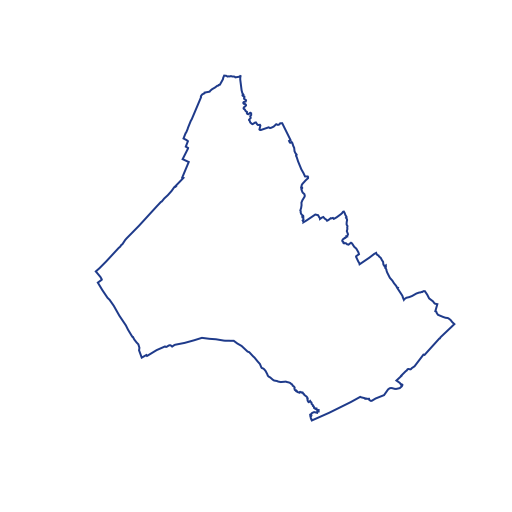 outline of Tatulesti, Olt, Romania, rotated 337°
{"feature_id": "2599482B2026044219138", "entity_name": "Tatulesti", "entity_type": "district", "adm_level": 2, "iso_a3": "ROU", "parent_name": "Romania", "parent_adm1": "Olt", "projection": "mercator", "projection_center": [24.611, 44.648], "detail": "fine", "context": "isolated", "style": "outline", "palette": "blue", "viewbox_px": 512, "rotation_deg": 337, "n_neighbors": 0, "source": "geoboundaries", "source_scale": "gbopen_adm2", "svg_char_len": 6133}
<svg xmlns="http://www.w3.org/2000/svg" viewBox="0 0 512 512"><g transform="rotate(337 256 256)"><path d="M412.0,396.2L410.8,393.5L410.1,390.9L408.8,388.6L408.1,387.9L406.3,386.9L404.4,385.2L400.5,381.2L400.1,379.0L400.2,377.6L399.5,376.9L404.1,371.2L402.1,369.8L401.7,369.0L401.2,366.9L398.8,362.7L398.5,358.5L397.7,354.4L396.4,353.8L394.9,354.1L394.5,353.8L393.1,353.8L392.0,353.4L389.0,353.2L384.0,353.8L380.9,353.7L378.1,353.2L375.6,353.7L375.0,354.1L375.0,351.3L375.2,350.5L375.1,349.2L373.6,340.9L374.1,340.6L373.5,340.1L373.3,338.1L372.4,335.1L371.9,332.0L370.7,328.4L370.3,322.5L370.4,320.5L370.7,319.5L370.6,318.0L370.4,317.7L371.3,316.8L371.8,315.4L370.3,315.7L370.2,314.6L370.0,314.1L370.0,313.4L370.7,311.0L370.3,309.1L370.1,306.5L369.0,304.3L369.0,303.4L368.1,302.5L367.7,300.9L367.8,300.1L365.6,300.3L359.8,301.8L348.1,304.1L348.3,302.8L348.0,301.2L347.8,295.8L348.2,295.3L351.5,294.6L351.7,292.6L351.2,288.4L350.0,285.9L349.4,282.5L349.1,281.5L348.6,280.9L345.6,281.7L345.1,281.3L344.4,280.8L343.7,279.3L342.8,278.9L342.0,278.8L341.6,278.2L341.9,277.6L341.8,277.1L341.4,276.7L341.3,275.8L341.5,275.4L342.5,274.6L344.3,274.3L344.6,274.0L345.2,274.2L345.5,273.9L346.2,274.0L346.6,273.8L346.9,273.1L347.6,273.5L347.7,273.1L348.0,273.1L349.2,271.9L349.3,268.6L350.7,266.8L351.0,265.6L351.7,264.6L351.9,264.0L351.7,262.9L351.8,262.1L352.8,260.1L353.9,258.5L354.1,257.6L353.8,256.0L354.5,255.7L354.6,255.3L354.3,253.3L354.4,250.8L354.2,249.4L353.4,249.3L351.9,250.2L350.4,250.7L345.3,251.9L342.7,252.2L342.1,252.2L341.7,251.0L340.0,250.8L339.6,250.4L336.7,251.2L335.2,251.3L335.0,250.2L333.9,248.5L333.2,246.4L331.6,246.4L329.4,246.9L329.6,246.3L329.3,244.9L329.1,242.7L326.8,241.0L316.5,243.0L312.9,243.5L313.2,243.0L312.9,242.5L313.1,242.0L312.9,241.5L314.1,240.8L314.2,239.5L314.9,238.6L314.8,238.3L313.9,238.2L314.0,237.8L315.0,237.2L314.3,236.0L314.0,234.7L314.2,233.1L314.7,232.2L314.6,231.4L316.3,229.4L317.8,227.0L318.7,224.6L320.5,222.8L324.0,220.3L324.5,219.4L324.7,217.9L323.8,216.0L323.7,215.3L323.8,212.5L323.9,212.1L324.5,212.0L325.1,211.5L325.2,211.1L324.4,210.5L325.9,208.5L327.0,207.7L331.4,205.7L334.3,204.7L334.8,203.6L334.7,203.0L332.2,201.9L332.1,198.3L331.6,194.0L331.7,185.3L332.1,180.9L332.0,179.7L332.2,179.0L332.8,178.9L333.0,178.6L332.5,176.8L332.4,174.7L333.4,171.3L333.3,169.4L333.6,166.1L333.3,165.0L332.2,165.3L331.7,165.1L331.5,164.8L331.4,163.0L333.1,162.7L332.0,144.0L330.1,143.3L328.9,144.0L327.4,143.9L326.1,142.6L322.8,143.8L320.2,143.9L318.9,143.7L317.9,142.5L309.6,141.9L308.8,141.4L308.6,140.9L311.0,137.6L310.9,136.8L309.0,136.2L308.5,135.2L308.1,133.0L307.4,132.8L304.4,133.3L303.8,132.7L302.9,130.8L303.0,128.9L302.7,128.3L302.8,127.9L305.1,126.8L305.3,125.1L306.7,124.3L307.3,122.7L306.7,121.9L305.9,122.0L304.6,122.6L303.6,122.0L303.4,120.9L304.0,119.9L303.1,118.5L302.9,116.7L302.3,115.9L302.2,115.4L302.7,114.6L303.1,114.4L305.1,113.8L305.7,113.4L305.8,112.9L305.5,112.0L304.3,111.2L304.1,110.7L304.1,110.1L304.8,109.5L306.8,109.8L307.6,109.0L307.6,108.3L306.5,106.8L306.6,106.0L307.5,105.2L307.6,104.7L306.5,103.5L306.3,103.0L306.5,102.6L307.4,102.5L307.1,100.6L307.5,97.8L310.5,87.2L311.3,85.5L312.5,83.7L311.4,84.4L310.5,84.4L306.8,83.5L306.5,82.8L305.9,82.2L304.3,81.5L303.2,80.6L302.1,80.5L300.9,79.9L299.9,79.7L299.0,78.5L297.2,77.5L295.5,79.1L294.6,80.4L289.7,84.2L288.6,84.0L288.0,84.4L286.8,84.2L284.1,84.9L280.8,85.3L278.5,86.0L277.5,86.6L272.5,85.5L272.1,86.1L269.8,86.2L268.2,87.0L267.5,87.8L267.5,88.3L263.6,92.1L250.4,104.9L248.7,106.2L243.4,111.5L242.7,112.4L239.9,115.1L239.2,115.4L235.2,119.5L237.4,122.2L238.2,123.7L234.1,127.9L235.7,130.0L235.4,130.5L226.3,138.2L230.8,143.2L218.7,155.0L219.6,155.8L209.2,160.2L209.5,160.6L208.8,160.9L208.0,160.6L207.5,160.8L203.6,163.2L198.5,165.6L194.0,167.2L190.6,169.0L189.5,169.1L184.3,171.4L160.0,182.5L143.8,189.2L141.9,190.1L137.7,192.9L135.9,193.4L134.8,194.3L132.8,194.9L115.9,202.5L107.1,206.1L102.5,207.6L104.6,214.5L104.9,217.3L104.7,217.6L100.0,218.7L101.2,227.2L103.0,236.5L104.1,239.1L105.6,246.2L106.9,257.6L109.1,269.0L109.4,273.8L110.4,280.8L110.7,282.3L111.1,282.5L111.3,285.2L112.3,289.0L113.2,291.3L112.8,295.0L111.5,297.1L111.1,304.9L116.4,304.3L116.6,305.4L116.9,305.4L127.8,303.8L136.9,303.7L137.4,304.4L138.1,304.7L140.8,304.3L142.0,304.5L142.8,305.3L143.4,306.6L146.0,306.1L146.9,306.1L156.3,308.1L166.1,309.4L174.2,310.2L180.9,314.1L186.6,317.0L193.8,321.6L202.4,325.4L204.6,329.2L207.6,333.2L210.9,340.7L212.2,341.9L214.2,347.4L214.9,348.8L216.3,353.7L217.4,356.9L217.4,360.8L217.6,361.4L218.6,362.3L219.2,363.3L219.9,365.6L220.2,369.3L220.1,370.7L220.5,371.9L221.6,373.3L223.1,376.4L224.0,377.7L226.5,379.3L227.3,380.2L229.5,381.7L234.4,383.3L235.1,384.0L236.8,385.2L237.9,386.3L238.5,387.7L239.1,388.4L239.1,389.8L239.7,390.5L240.1,391.6L240.1,392.4L239.6,392.9L239.4,394.4L239.6,394.8L240.5,395.4L240.5,395.7L240.2,396.2L240.4,396.4L241.0,396.7L241.0,397.4L242.6,398.8L243.2,398.3L243.5,398.3L243.9,398.9L244.9,399.3L245.0,399.9L245.6,400.0L245.8,401.4L246.1,401.6L246.2,402.7L247.6,405.2L247.9,406.2L247.9,407.3L247.4,407.5L247.5,408.1L247.0,409.3L247.3,411.1L247.6,411.2L249.2,410.6L249.3,411.4L249.8,412.6L249.4,413.8L250.1,415.6L249.8,416.3L250.4,417.1L250.1,418.6L250.8,419.1L250.7,419.6L251.1,420.1L252.0,420.1L251.8,421.0L252.1,421.6L252.4,421.5L253.5,422.3L253.1,422.9L252.9,423.6L251.5,423.3L251.0,424.2L248.5,422.4L246.5,422.4L245.5,422.7L245.1,423.2L243.9,423.2L243.5,424.5L244.2,424.9L243.4,425.5L243.1,426.4L243.3,427.9L243.0,428.2L243.1,428.6L243.4,428.8L243.3,429.2L262.1,428.9L286.1,427.5L296.9,426.4L297.5,427.1L300.2,429.1L300.7,430.1L301.5,430.0L301.8,430.6L304.2,431.6L304.0,432.1L304.1,432.9L305.2,434.3L306.1,434.5L310.4,433.9L319.5,434.1L325.5,430.4L327.3,430.0L328.4,430.2L329.5,430.7L331.8,432.5L333.0,433.1L336.7,433.8L339.1,433.0L339.1,432.7L339.9,432.4L340.4,431.9L340.0,431.0L339.2,430.9L338.8,429.0L336.6,425.5L343.0,423.2L342.9,422.9L348.9,420.5L350.0,420.3L351.2,419.5L352.0,419.5L353.9,420.7L354.4,420.7L355.6,420.1L358.8,419.5L371.6,412.2L372.5,412.9L392.5,403.6L393.1,403.7L394.1,402.9L412.0,396.2Z" fill="none" stroke="#1e3a8a" stroke-width="2"/></g></svg>